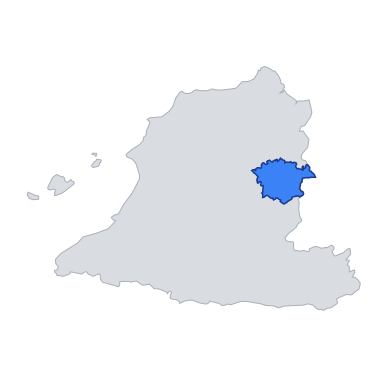 Spain, with Cáceres highlighted, rotated 178°
{"feature_id": "ESP-5811", "entity_name": "Cáceres", "entity_type": "Autonomous Community", "adm_level": 1, "iso_a3": "ESP", "parent_name": "Spain", "parent_adm1": "", "projection": "mercator", "projection_center": [-6.162, 39.756], "detail": "fine", "context": "in_parent", "style": "filled", "palette": "blue", "viewbox_px": 384, "rotation_deg": 178, "n_neighbors": 0, "source": "natural_earth", "source_scale": "10m", "svg_char_len": 8008}
<svg xmlns="http://www.w3.org/2000/svg" viewBox="0 0 384 384"><g transform="rotate(178 192 192)"><path d="M208.2,81.1L208.2,82.3L210.2,84.5L216.0,85.8L217.5,86.7L217.2,89.7L215.8,92.3L217.1,93.5L218.5,93.5L220.2,91.3L220.6,92.7L223.2,94.0L229.1,96.4L233.3,96.7L237.6,101.4L244.6,100.5L250.8,105.0L256.7,104.0L258.0,104.9L267.2,105.0L267.7,101.3L268.8,99.9L284.6,105.0L286.6,108.1L286.2,109.7L287.1,113.3L289.1,113.2L293.3,111.2L298.7,113.7L300.1,115.9L301.3,116.1L305.3,113.9L316.3,116.5L316.8,114.8L317.5,114.3L322.1,112.7L324.1,112.3L329.9,113.5L330.6,115.6L331.8,116.4L332.2,118.2L328.8,119.3L328.4,122.4L330.6,125.0L330.8,129.5L324.9,135.3L308.0,145.1L302.5,150.9L289.9,153.9L277.0,158.2L269.2,165.9L271.2,166.5L273.5,169.1L272.7,170.3L269.4,172.0L266.3,172.6L260.7,182.0L252.9,191.7L250.0,196.1L243.9,207.3L243.8,210.6L246.8,221.7L248.6,224.6L251.0,227.1L255.6,229.1L256.7,231.2L255.1,233.1L250.5,236.6L242.6,241.3L239.2,244.9L238.4,248.5L236.1,250.1L235.2,255.0L232.0,261.8L231.8,263.6L234.3,266.1L231.8,267.6L219.5,268.2L211.9,273.6L208.1,278.3L204.7,287.0L200.5,292.2L198.6,293.1L195.8,290.9L192.2,290.5L188.7,291.3L186.9,293.1L184.0,294.1L181.3,293.2L175.2,292.7L172.6,292.8L168.4,294.3L164.8,293.3L158.7,292.8L145.6,294.0L144.0,294.5L138.2,300.4L131.8,300.5L126.1,302.9L122.2,308.6L121.5,311.6L120.3,310.9L119.4,311.1L119.0,313.4L115.0,314.9L110.6,313.0L106.9,310.2L104.9,310.0L101.8,305.6L100.4,302.8L99.4,299.8L99.4,297.6L96.6,296.4L95.9,293.6L97.9,290.0L100.6,288.0L98.1,288.2L96.3,290.5L93.9,286.8L84.4,279.5L84.9,276.9L83.3,278.8L82.2,279.3L77.3,279.0L71.7,279.9L69.4,267.5L70.8,263.1L77.1,254.5L81.0,253.4L82.6,248.9L79.0,249.2L73.3,240.6L74.8,232.6L80.5,226.6L81.4,224.1L81.6,221.9L80.6,220.3L77.4,219.4L74.2,213.1L73.4,209.1L70.8,206.8L68.6,202.9L70.6,202.3L78.7,202.2L80.7,201.2L82.2,198.5L83.8,194.1L84.1,191.5L80.9,187.6L80.8,186.8L81.2,185.5L86.2,181.2L85.2,178.0L86.0,171.3L85.6,167.3L85.1,164.1L83.3,159.9L84.4,158.2L87.0,156.7L89.1,153.2L92.2,150.4L96.1,148.0L100.7,143.0L100.0,140.7L98.4,139.4L92.7,138.4L92.3,137.4L92.4,131.8L90.9,129.6L88.8,129.8L85.7,128.9L84.9,129.5L80.9,129.3L78.0,128.3L76.8,129.2L76.5,131.1L71.8,133.1L69.1,133.1L64.7,131.3L59.8,131.9L59.2,131.5L55.0,133.8L53.6,133.8L51.8,131.1L54.1,127.1L52.1,123.3L50.8,123.2L42.9,126.0L38.4,129.6L36.5,130.1L35.9,129.4L35.7,124.2L40.5,118.7L37.4,118.3L37.6,116.7L39.5,114.2L37.5,112.3L37.5,106.6L33.3,108.4L32.2,108.2L32.1,105.9L34.7,101.4L31.9,100.9L29.9,99.2L27.2,95.5L27.2,93.5L28.6,88.9L32.4,86.7L36.0,83.6L41.1,84.2L48.6,81.5L51.2,80.0L51.1,78.1L50.3,76.7L51.0,75.3L57.2,71.5L60.9,71.1L64.6,69.1L67.1,70.4L69.3,70.0L71.9,71.4L75.2,74.8L80.1,76.2L84.0,75.1L104.0,74.8L109.6,73.1L114.0,75.2L122.6,76.2L127.7,78.0L141.8,80.8L146.9,80.9L157.2,78.0L160.1,78.8L164.2,77.4L166.1,77.6L168.7,79.6L177.8,82.3L180.1,80.0L181.9,79.5L188.4,80.9L195.0,83.8L198.4,84.0L203.4,83.2L208.2,81.1ZM328.3,198.8L330.7,199.9L333.1,198.9L334.4,199.2L335.7,199.7L336.0,201.7L330.7,211.5L326.6,214.2L322.4,212.1L319.9,211.6L319.2,210.8L318.6,207.6L317.5,206.6L315.9,206.2L312.6,208.7L311.6,207.0L310.1,206.7L309.5,205.7L309.5,204.4L319.6,196.8L322.5,195.1L328.6,193.1L329.6,193.4L328.8,194.6L329.6,195.6L328.3,198.8ZM356.8,194.8L355.8,197.5L348.3,193.9L345.9,193.5L345.3,192.9L345.5,190.1L350.5,189.8L354.6,191.1L356.8,194.8ZM287.0,226.2L286.1,228.1L282.4,227.5L281.6,226.7L282.4,224.5L283.4,224.2L283.5,222.7L284.6,221.1L289.9,219.9L291.1,220.9L291.3,222.5L288.2,225.8L287.0,226.2ZM290.6,233.9L290.0,234.3L286.0,233.9L285.9,232.7L286.8,230.9L288.2,232.7L290.6,233.0L290.6,233.9Z" fill="#d9dde1" stroke="#a8b0b8" stroke-width="1"/><path d="M75.5,215.2L74.3,213.7L73.8,213.3L73.7,213.0L73.5,212.3L73.5,211.6L73.7,211.2L73.8,210.7L74.0,210.0L74.0,209.3L73.8,209.0L72.8,208.7L72.3,208.5L71.9,208.2L71.7,207.5L71.4,207.2L70.6,206.8L70.2,206.4L69.5,205.4L69.1,205.0L68.3,202.8L68.1,202.4L73.3,202.5L73.6,202.5L74.0,202.3L74.5,202.2L75.4,202.2L75.9,202.1L76.4,202.4L77.1,202.4L80.7,202.0L81.1,201.8L81.4,201.2L81.3,200.9L81.3,200.7L81.3,200.4L81.4,200.1L81.7,199.6L81.8,199.3L81.7,199.0L81.6,198.8L81.6,198.4L81.8,198.0L82.0,197.8L82.5,197.6L83.4,196.5L83.4,196.2L83.5,195.7L83.5,195.4L83.4,194.9L83.5,194.6L83.7,194.4L83.8,194.3L83.9,193.5L84.0,193.2L84.0,192.9L84.1,192.6L84.5,191.9L83.5,190.1L83.0,189.4L82.7,188.9L82.4,188.6L82.2,188.5L81.5,188.5L81.2,188.4L80.9,187.9L80.7,186.9L80.5,186.4L80.8,186.0L81.0,185.3L81.2,185.0L81.7,184.8L82.7,184.1L83.0,184.0L83.6,184.1L84.1,184.0L84.6,183.7L84.6,183.3L84.9,183.5L85.4,184.0L85.6,184.2L85.9,184.3L86.1,184.4L86.3,184.4L86.6,184.3L86.8,184.2L87.0,184.3L87.5,184.4L88.3,183.9L88.5,183.9L88.9,184.2L89.2,184.2L89.4,184.1L89.7,183.9L90.0,183.8L91.7,183.5L92.0,183.4L92.2,183.2L92.4,183.0L92.5,182.8L92.5,182.6L92.3,182.1L92.3,181.9L92.5,181.7L93.4,180.9L93.6,180.8L94.1,180.6L95.2,180.2L95.7,179.6L95.9,179.5L96.1,179.4L96.9,179.2L97.1,179.1L97.2,178.9L97.3,178.6L97.4,178.4L97.6,178.3L97.8,178.1L98.1,177.9L98.5,177.9L98.8,177.8L99.1,177.6L99.9,177.0L100.2,176.9L100.5,176.8L100.9,176.9L101.7,177.5L102.0,177.7L102.4,178.1L102.6,178.2L103.0,178.3L103.1,178.5L103.3,178.9L103.6,179.1L104.1,179.3L104.2,179.5L104.1,179.8L104.0,180.0L103.9,180.2L103.9,180.3L103.8,180.5L103.7,180.7L103.6,180.8L104.0,181.1L104.8,181.4L105.4,181.7L105.7,182.0L105.9,182.2L106.2,182.5L107.1,183.0L107.7,183.2L108.0,183.2L108.3,183.1L108.4,182.9L108.5,182.7L108.7,182.2L108.8,182.0L109.0,181.9L110.0,181.6L110.5,181.3L110.7,181.2L110.9,181.3L111.1,181.6L111.2,181.9L111.2,182.1L111.2,182.3L111.0,182.7L111.0,182.9L111.2,183.0L111.7,183.1L112.5,182.8L113.5,183.2L114.2,183.7L115.0,184.4L115.6,185.2L116.2,185.5L117.1,185.9L118.1,185.8L118.4,185.7L118.6,185.7L118.9,185.3L119.1,185.1L119.9,184.4L121.2,184.1L121.6,184.0L121.7,184.3L121.5,185.0L121.4,185.2L121.4,185.5L121.4,186.9L121.6,187.3L121.7,187.5L121.8,187.8L122.3,188.5L121.5,188.8L121.4,189.2L121.2,190.0L121.2,190.3L121.3,190.6L121.1,192.3L120.7,194.7L120.7,195.5L120.8,195.9L121.1,195.8L121.5,195.7L122.2,195.7L122.4,195.7L122.6,195.8L122.8,196.0L123.0,196.2L123.1,196.3L123.2,196.5L123.2,196.8L123.1,197.0L122.9,197.4L122.8,197.6L122.7,198.0L122.7,198.4L122.6,198.7L122.5,199.4L122.6,199.7L122.7,199.8L123.6,200.0L123.9,200.0L124.1,199.9L124.5,199.4L124.7,199.1L125.2,198.7L125.3,198.7L125.8,198.6L126.0,198.6L126.3,199.0L126.4,199.4L126.4,199.7L126.2,200.2L126.3,200.4L126.6,200.7L126.8,201.0L126.8,201.3L126.8,201.5L126.7,201.7L126.6,202.2L126.5,202.8L126.5,203.0L126.4,203.2L126.3,203.4L126.1,203.8L126.0,204.0L125.8,204.2L125.7,204.5L125.4,204.8L125.4,205.0L125.5,205.2L125.6,205.4L125.8,205.5L126.2,205.8L126.4,206.0L127.3,207.1L127.8,207.7L128.1,208.0L128.3,208.2L128.7,208.4L129.1,208.5L129.3,208.7L129.6,209.2L130.4,210.1L130.6,210.5L130.9,210.8L131.1,210.9L131.3,211.1L131.6,211.4L130.4,212.0L128.9,212.3L128.2,211.4L127.8,211.2L127.5,211.5L127.4,211.8L127.4,212.5L127.4,212.8L127.2,213.0L126.8,213.4L125.9,213.9L124.2,213.9L122.4,213.4L122.0,213.5L121.8,214.2L121.6,215.4L121.6,215.6L121.8,216.0L121.8,216.5L121.2,217.6L120.6,218.3L120.3,218.5L119.4,218.7L118.8,218.3L117.7,217.1L117.1,217.0L116.5,217.1L115.3,217.8L115.5,217.9L116.2,219.0L116.2,219.4L115.9,220.0L115.6,220.4L115.3,220.5L114.5,220.5L113.5,221.1L111.6,219.4L110.5,219.1L110.1,219.9L109.4,220.4L107.7,221.1L107.3,220.3L106.3,221.6L105.8,221.7L105.7,221.6L105.4,219.7L103.7,221.0L102.5,222.7L101.8,221.8L101.7,221.8L101.1,221.8L100.9,221.8L100.7,221.6L100.3,220.9L99.9,220.6L98.8,220.5L98.3,220.0L98.2,219.6L98.2,217.9L96.9,218.6L93.1,218.2L92.9,218.4L92.6,218.8L92.4,218.9L92.2,218.8L92.0,218.7L91.9,218.6L91.9,218.4L91.9,218.2L91.7,218.0L89.9,217.4L89.4,218.1L87.2,217.7L87.0,217.4L86.4,216.2L87.4,214.9L87.6,214.2L87.4,213.3L86.9,212.9L86.5,211.8L86.1,211.5L85.6,211.5L84.7,211.7L84.3,211.6L80.4,210.0L80.0,210.7L80.7,211.1L80.9,211.3L81.0,211.5L81.1,211.9L80.6,213.6L80.5,213.8L80.3,213.9L79.8,213.8L79.7,213.1L79.8,211.7L79.2,211.6L78.7,211.7L77.7,212.3L77.5,212.8L77.5,213.1L77.8,213.5L77.8,213.8L76.6,215.3L75.5,215.2Z" fill="#3b82f6" stroke="#1e3a8a" stroke-width="1.5"/></g></svg>